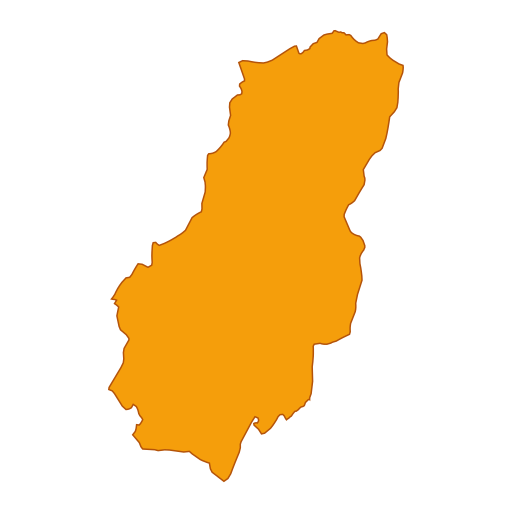 Dognecea, Caras-Severin, Romania
{"feature_id": "2599482B59152503777278", "entity_name": "Dognecea", "entity_type": "district", "adm_level": 2, "iso_a3": "ROU", "parent_name": "Romania", "parent_adm1": "Caras-Severin", "projection": "albers", "projection_center": [21.734, 45.264], "detail": "fine", "context": "isolated", "style": "filled", "palette": "amber", "viewbox_px": 512, "rotation_deg": 0, "n_neighbors": 0, "source": "geoboundaries", "source_scale": "gbopen_adm2", "svg_char_len": 5063}
<svg xmlns="http://www.w3.org/2000/svg" viewBox="0 0 512 512"><path d="M308.0,399.9L308.7,399.5L309.5,399.4L309.6,399.5L309.7,397.6L311.1,393.7L312.6,381.3L312.2,366.7L312.5,364.2L312.8,361.6L313.0,359.0L313.2,356.5L313.3,353.9L313.3,351.3L313.3,348.7L313.2,346.2L314.2,344.2L320.1,343.3L321.7,343.8L323.4,344.1L325.1,344.2L326.9,344.2L330.8,343.1L332.0,342.4L333.4,341.9L334.8,341.5L336.2,341.1L339.4,339.3L342.8,337.5L346.1,335.9L349.5,334.3L350.2,331.8L350.1,329.7L350.1,327.6L350.3,325.5L350.6,323.4L355.2,311.7L355.6,309.6L355.8,307.4L355.8,305.3L355.7,303.2L357.5,294.4L362.0,280.2L361.8,276.0L361.3,271.8L360.7,267.7L359.9,263.6L359.6,257.9L359.9,256.8L360.2,255.8L360.7,254.8L361.1,253.8L361.7,252.8L362.3,251.9L362.9,251.0L363.6,250.2L364.8,247.4L364.8,245.7L363.0,240.5L360.7,237.2L359.3,236.1L357.9,235.8L356.5,235.4L355.2,234.9L353.9,234.3L352.7,233.5L351.8,232.9L351.0,232.1L350.3,231.2L349.8,230.2L344.1,216.8L344.2,214.3L345.2,211.9L346.2,209.5L347.4,207.1L348.6,204.8L350.2,204.0L351.8,203.0L353.2,201.9L354.6,200.7L356.9,196.7L359.2,192.7L361.6,188.7L364.1,184.7L364.9,180.2L364.8,178.1L364.1,176.1L363.3,169.6L369.5,159.1L372.0,155.7L375.1,152.7L380.0,150.5L382.1,148.3L385.8,138.5L387.0,133.1L388.0,127.7L388.9,122.2L389.7,116.8L394.3,111.8L396.9,107.7L397.8,102.4L397.9,100.9L398.1,97.9L398.2,94.9L398.3,91.9L398.2,88.9L398.9,82.5L402.5,73.1L402.6,72.8L402.9,71.0L403.1,69.1L403.2,67.3L403.0,65.4L399.1,64.0L393.0,60.3L391.4,59.1L389.8,57.8L388.4,56.4L387.0,54.9L386.6,49.0L387.5,41.8L387.2,37.8L386.7,34.7L384.4,32.6L381.2,33.7L377.8,39.1L375.2,40.2L371.8,40.5L370.5,40.8L369.2,41.2L367.9,41.7L366.6,42.2L365.4,42.9L362.9,43.5L358.4,42.8L357.3,42.0L356.2,41.3L355.2,40.4L354.2,39.6L353.3,38.6L352.4,37.6L351.6,36.6L350.8,35.5L349.3,34.7L348.0,34.7L346.0,34.9L345.6,34.4L344.0,32.8L341.9,32.7L340.8,32.0L338.9,32.3L335.2,30.7L334.0,30.8L332.2,33.3L327.1,34.1L323.9,35.0L319.1,38.6L317.0,42.4L313.2,43.7L311.4,45.6L310.1,47.0L309.8,48.6L307.4,50.0L306.8,50.1L304.4,50.5L303.1,52.3L301.4,53.6L300.8,53.8L300.1,53.8L299.5,53.6L298.9,53.2L296.4,46.0L294.5,46.2L289.9,48.7L272.2,60.2L267.4,62.1L263.4,63.0L261.9,62.9L258.4,62.7L254.9,62.3L251.4,61.7L247.9,61.0L242.6,60.7L238.8,62.5L244.5,78.9L244.5,80.9L243.2,81.5L242.0,82.2L240.8,83.1L239.7,84.0L239.5,86.1L240.3,87.3L241.1,88.7L241.6,90.1L242.0,91.6L241.7,93.8L240.0,94.8L237.4,95.0L232.2,99.0L229.8,102.8L229.5,107.2L230.6,115.4L228.8,121.0L228.3,125.0L229.1,126.9L229.7,128.9L230.2,131.0L230.4,133.1L230.2,134.3L229.9,135.5L229.5,136.7L229.0,137.8L228.4,138.6L226.1,141.4L224.1,142.2L222.4,144.7L220.5,147.1L218.5,149.3L216.4,151.4L215.5,152.0L214.6,152.4L213.7,152.8L212.7,153.2L211.7,153.4L210.7,153.6L209.7,153.7L208.7,153.8L207.6,155.4L207.3,158.9L207.1,162.4L207.1,165.9L207.2,169.4L203.8,177.6L205.1,182.2L205.2,183.6L205.4,185.7L205.4,187.8L205.3,189.9L205.2,192.0L201.9,203.4L202.0,209.0L201.3,211.8L198.9,213.0L196.5,214.4L194.3,215.9L192.1,217.6L185.5,230.3L184.1,231.5L182.7,232.7L181.2,233.8L179.7,234.8L177.8,235.9L175.8,237.3L173.7,238.5L171.5,239.8L169.3,241.0L166.9,242.2L164.4,243.4L161.8,244.4L159.2,245.4L158.3,244.8L157.3,244.1L156.5,243.3L155.7,242.4L153.2,242.7L152.4,245.5L152.2,248.6L152.0,252.1L151.9,255.6L152.0,259.0L152.2,262.5L151.7,265.2L148.0,267.3L142.2,264.3L138.1,263.8L136.4,266.4L134.8,269.1L133.3,271.8L131.9,274.5L129.7,277.3L126.0,277.9L123.2,281.0L121.9,282.4L120.8,283.9L119.7,285.4L118.7,287.0L117.7,288.6L116.8,290.3L115.9,292.0L115.1,293.7L115.0,294.1L114.4,295.0L113.0,297.1L112.7,297.6L112.4,297.9L111.5,299.0L113.3,299.4L114.3,299.4L114.7,299.5L115.5,299.8L116.6,300.2L114.5,303.6L116.4,304.9L117.5,305.9L118.6,306.9L118.6,307.4L117.4,313.2L116.9,315.9L119.1,326.4L120.5,329.8L126.3,334.7L128.9,338.4L128.9,340.0L124.1,348.4L123.4,352.6L123.8,358.9L123.3,362.8L121.0,367.5L109.1,387.4L108.8,389.5L112.3,390.9L114.5,393.6L122.3,406.1L126.0,409.5L127.6,409.3L128.9,409.0L130.2,408.4L131.4,407.7L133.2,404.4L136.3,406.5L137.2,408.2L137.9,409.9L138.4,411.8L138.8,413.6L139.9,415.7L140.7,416.6L141.5,417.6L142.2,418.6L142.7,419.7L142.0,421.1L141.2,422.5L140.3,423.8L139.2,425.0L136.6,424.7L136.4,426.4L136.2,428.1L135.8,429.8L135.3,431.4L132.7,434.8L139.3,442.6L141.0,446.8L142.7,449.0L154.7,449.7L158.1,450.6L164.7,449.8L169.4,450.0L183.7,452.0L189.4,451.4L192.2,453.9L200.2,459.5L202.5,460.6L204.8,461.5L207.1,462.4L209.4,463.1L210.4,468.8L212.1,472.2L223.9,481.3L227.9,478.5L230.7,473.8L232.7,468.4L234.8,463.0L237.0,457.6L239.2,452.3L240.3,447.8L240.3,444.2L241.1,441.7L251.4,422.4L255.0,416.7L258.0,418.0L258.6,420.0L258.5,420.8L258.2,421.6L257.8,422.3L257.3,423.0L256.4,422.8L255.5,422.9L254.6,423.1L253.8,423.5L254.1,425.2L258.5,429.2L261.5,433.9L264.6,433.2L270.5,428.3L272.7,425.5L274.6,422.7L276.5,419.7L278.1,416.6L280.0,414.7L282.7,414.4L284.1,415.7L285.2,417.8L285.8,418.9L286.5,419.8L287.6,418.8L288.5,418.4L289.8,417.1L291.4,416.0L292.9,413.7L294.2,412.1L295.1,411.2L296.2,411.2L298.4,409.6L299.6,408.2L301.2,406.9L302.9,406.5L304.3,405.6L304.8,404.2L305.4,402.5L308.0,399.9Z" fill="#f59e0b" stroke="#b45309" stroke-width="1.5"/></svg>